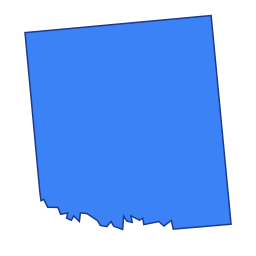 Knox, Texas, United States of America, rotated 175°
{"feature_id": "52423323B61031799743155", "entity_name": "Knox", "entity_type": "district", "adm_level": 2, "iso_a3": "USA", "parent_name": "United States of America", "parent_adm1": "Texas", "projection": "equal_earth", "projection_center": [-99.668, 33.617], "detail": "fine", "context": "isolated", "style": "filled", "palette": "blue", "viewbox_px": 256, "rotation_deg": 175, "n_neighbors": 0, "source": "geoboundaries", "source_scale": "gbopen_adm2", "svg_char_len": 543}
<svg xmlns="http://www.w3.org/2000/svg" viewBox="0 0 256 256"><g transform="rotate(175 128 128)"><path d="M35.4,232.8L222.3,232.0L221.4,71.9L221.0,63.1L218.1,64.2L214.9,56.0L204.7,55.0L202.6,47.9L195.4,48.6L197.1,43.6L192.5,41.0L189.7,45.1L184.6,39.1L182.8,47.6L176.3,46.3L166.3,38.3L164.2,33.4L157.7,31.6L153.0,36.3L150.8,31.5L142.2,27.4L140.0,40.4L137.3,35.4L132.0,33.6L132.7,40.2L124.4,35.1L121.2,36.9L120.7,30.4L105.4,32.1L100.7,27.2L92.9,32.2L91.7,23.3L33.7,23.2L35.4,232.8Z" fill="#3b82f6" stroke="#1e3a8a" stroke-width="1.5"/></g></svg>